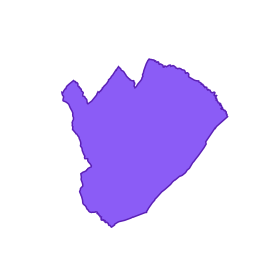 Botesti, Arges, Romania, rotated 315°
{"feature_id": "2599482B8946792531978", "entity_name": "Botesti", "entity_type": "district", "adm_level": 2, "iso_a3": "ROU", "parent_name": "Romania", "parent_adm1": "Arges", "projection": "natural_earth1", "projection_center": [25.164, 45.018], "detail": "fine", "context": "isolated", "style": "filled", "palette": "violet", "viewbox_px": 256, "rotation_deg": 315, "n_neighbors": 0, "source": "geoboundaries", "source_scale": "gbopen_adm2", "svg_char_len": 5779}
<svg xmlns="http://www.w3.org/2000/svg" viewBox="0 0 256 256"><g transform="rotate(315 128 128)"><path d="M46.3,186.5L49.8,187.1L50.1,186.7L51.0,186.7L53.8,187.3L55.3,187.8L60.3,190.9L66.3,193.7L68.3,194.3L68.4,194.6L78.9,199.3L80.4,200.0L81.4,200.8L81.9,200.5L82.1,200.2L83.9,199.8L86.0,199.2L92.2,198.1L95.7,197.9L96.2,197.7L96.5,197.4L99.8,197.4L106.6,197.0L110.4,197.5L118.2,198.0L121.4,197.6L124.1,197.8L124.5,198.1L130.4,198.6L131.1,199.1L132.9,199.8L136.6,200.2L137.9,200.1L139.9,199.6L142.9,199.9L143.7,199.7L149.1,198.3L151.1,198.2L153.7,197.8L158.1,197.3L167.6,195.7L171.9,194.6L173.2,192.7L189.4,189.6L189.4,190.0L191.6,189.5L206.4,190.4L206.4,190.0L206.7,189.5L206.8,189.0L207.4,188.7L207.7,188.1L207.5,187.5L207.7,187.1L208.8,186.2L208.8,185.9L208.8,184.9L209.0,184.4L209.0,184.2L208.4,183.9L208.3,183.7L208.6,183.0L208.7,182.4L207.5,180.9L207.4,180.6L207.4,180.1L208.1,180.1L208.8,180.8L209.1,180.6L209.2,179.5L210.1,177.8L210.0,177.5L209.4,177.4L209.3,176.6L209.4,176.2L209.7,176.0L210.0,175.9L210.5,176.1L210.5,175.5L209.7,174.1L209.6,173.8L209.7,173.6L210.1,173.2L210.2,172.0L210.7,171.2L210.1,171.0L210.0,170.8L210.5,170.4L211.2,170.1L211.6,169.6L211.6,169.1L211.1,168.8L211.2,168.5L212.1,168.1L213.6,167.7L213.4,167.3L212.6,167.1L212.2,166.8L212.1,166.6L212.2,166.2L212.1,165.8L212.3,165.5L213.2,165.3L213.6,164.8L214.2,164.7L214.5,164.4L214.5,164.1L214.4,163.7L214.0,163.3L213.2,163.1L212.7,162.7L212.1,161.8L212.1,161.4L212.3,160.3L212.7,159.5L212.7,159.2L212.1,158.4L212.2,157.8L211.5,157.7L211.2,157.5L211.2,157.2L211.6,156.0L212.2,155.3L212.4,154.9L212.1,154.4L211.2,153.9L211.0,153.7L211.5,153.2L211.4,152.9L211.0,152.3L211.6,151.4L211.3,150.7L211.3,150.4L211.7,150.1L211.4,149.2L211.2,149.0L210.9,149.0L210.8,148.7L211.0,148.5L211.4,148.3L211.3,147.0L210.8,146.2L210.7,145.7L210.8,145.4L211.3,144.7L210.7,144.1L209.6,142.6L208.8,141.2L207.1,134.8L207.1,134.6L207.6,134.2L207.8,133.8L208.5,133.5L208.9,133.1L209.2,132.4L209.1,131.0L209.0,130.8L208.4,130.4L207.6,130.3L207.4,130.1L207.5,129.6L208.4,128.3L208.6,127.7L208.6,126.8L207.3,124.8L207.3,123.6L206.7,122.4L206.5,122.1L205.7,121.5L205.1,121.3L204.8,120.3L204.3,119.7L204.7,118.7L204.5,118.0L204.4,116.6L204.1,115.9L203.8,115.6L203.1,115.4L202.4,114.9L201.9,114.7L202.5,113.8L202.5,113.5L202.1,113.1L201.1,112.5L198.6,112.0L198.2,110.7L197.9,110.2L197.7,110.2L197.3,110.4L196.9,110.5L196.5,110.4L196.2,110.1L196.0,109.8L196.1,109.5L196.6,109.1L197.0,108.4L196.9,107.6L196.3,105.7L196.0,105.4L195.4,105.3L195.2,105.1L195.1,104.9L195.4,104.2L196.0,103.5L196.1,103.2L196.1,102.5L195.8,102.2L195.2,102.2L194.9,102.1L194.7,101.8L194.6,101.5L194.7,101.0L195.0,100.3L194.8,99.7L194.2,99.5L194.5,98.8L194.3,98.1L193.3,96.8L192.7,95.7L191.9,95.1L192.0,94.7L191.9,94.4L191.4,94.1L190.7,94.4L190.0,94.3L186.4,95.5L184.4,96.4L179.8,98.6L177.5,100.1L176.2,100.4L176.0,100.6L174.8,102.1L174.5,102.2L173.8,102.2L172.1,103.2L170.5,103.5L166.1,103.9L163.1,104.6L162.3,104.5L161.5,104.6L161.3,104.5L161.7,103.9L161.7,103.1L161.8,102.9L162.8,102.0L163.3,101.9L163.7,101.6L164.2,101.3L164.1,100.7L164.9,100.3L164.8,99.2L165.5,98.6L165.4,98.4L164.6,97.8L164.3,97.4L163.8,96.4L163.8,95.8L163.5,95.4L163.8,94.6L163.5,93.6L163.6,93.0L163.5,92.2L163.6,90.0L164.1,88.6L164.3,87.1L164.7,85.9L164.7,84.1L164.1,82.6L164.2,82.2L164.8,80.5L164.5,79.5L164.7,77.9L161.0,78.6L160.5,79.0L160.4,78.9L160.4,78.5L154.4,79.8L152.7,79.8L151.3,80.3L150.2,80.3L148.3,80.2L148.1,80.3L147.4,80.9L144.1,81.5L141.5,81.5L141.3,81.4L138.7,81.7L138.2,81.6L137.9,82.1L137.5,82.2L136.6,82.0L136.0,82.4L135.0,82.3L134.7,82.5L133.9,82.2L133.5,82.2L132.7,82.5L132.4,81.4L132.4,81.2L130.0,82.0L129.1,82.5L121.3,83.3L116.8,82.6L116.7,81.9L117.2,81.0L118.1,79.8L118.6,79.3L118.8,79.0L119.0,78.2L119.0,76.6L119.5,75.2L119.3,74.5L118.7,73.9L118.8,73.3L119.9,72.1L120.8,71.8L121.3,71.4L121.5,70.1L121.3,69.3L121.3,68.9L122.1,67.8L122.4,67.2L122.1,66.4L122.5,65.5L122.2,64.9L122.7,64.1L122.3,63.7L122.3,63.1L122.7,62.3L123.7,61.5L123.9,61.0L124.0,59.8L123.2,59.1L123.3,58.7L123.7,58.0L123.1,57.2L123.1,55.9L117.0,55.3L114.1,55.2L112.5,55.8L111.9,56.3L111.2,55.9L109.0,56.3L106.9,57.0L106.5,56.0L105.6,57.2L104.9,58.5L104.8,59.9L104.2,60.7L102.3,61.8L101.4,62.7L101.4,63.1L102.4,65.4L102.8,67.4L102.9,69.3L101.4,72.9L100.3,76.7L99.5,78.5L98.3,79.5L97.3,80.8L96.9,82.0L95.3,83.5L94.1,83.8L92.1,84.8L91.9,85.5L90.1,87.0L90.0,88.0L87.6,90.0L87.8,90.8L87.6,91.8L87.4,94.5L87.1,95.3L87.5,96.1L87.0,98.3L86.8,100.0L86.2,100.7L85.8,101.5L85.3,103.0L84.4,104.7L83.7,105.4L83.5,105.9L82.2,106.6L81.7,107.1L81.3,109.3L81.1,109.7L80.7,110.5L80.4,110.7L79.5,111.9L79.4,112.5L78.6,114.0L78.5,114.6L78.2,115.1L77.6,117.3L76.6,117.9L76.1,118.5L75.8,119.1L76.5,120.0L77.7,121.0L77.7,121.4L76.4,122.7L76.0,124.3L76.0,125.1L75.9,125.7L76.0,126.3L75.5,128.0L75.6,128.5L74.6,129.5L72.5,128.7L70.9,128.3L70.1,128.6L69.2,128.4L68.5,128.7L66.6,128.2L64.9,127.4L62.3,127.0L60.7,129.2L60.4,129.7L58.9,130.8L58.3,131.4L57.1,134.1L56.4,135.4L55.8,136.2L54.9,137.1L52.1,137.1L51.6,137.2L50.3,138.2L49.0,138.6L48.5,139.4L47.7,141.4L47.2,142.3L46.7,143.7L44.9,146.8L43.4,148.6L42.9,149.3L42.6,150.3L42.8,152.7L42.7,153.8L42.6,154.2L42.1,155.2L42.0,155.7L41.7,156.4L41.8,157.8L41.5,159.0L41.5,160.2L42.1,161.3L42.4,161.9L43.2,162.3L44.0,163.2L45.3,164.3L45.8,164.3L46.6,165.5L46.7,166.1L46.1,166.5L45.7,166.6L45.7,167.1L46.4,167.9L46.4,168.2L45.9,168.9L45.8,169.4L46.1,170.3L45.7,170.6L45.5,171.1L46.3,172.1L45.1,172.8L45.1,173.5L44.9,173.8L44.4,173.6L44.1,174.1L44.2,174.5L44.7,175.1L45.0,175.3L45.7,175.5L45.8,175.7L45.4,176.1L45.4,176.8L46.2,177.1L46.2,177.4L45.3,178.2L45.2,178.6L45.4,179.1L46.4,179.6L46.4,180.0L46.3,180.4L46.6,181.4L46.3,182.1L45.8,182.6L45.7,183.1L45.7,183.4L46.4,184.2L46.1,186.1L46.1,186.3L46.3,186.5Z" fill="#8b5cf6" stroke="#5b21b6" stroke-width="1.5"/></g></svg>